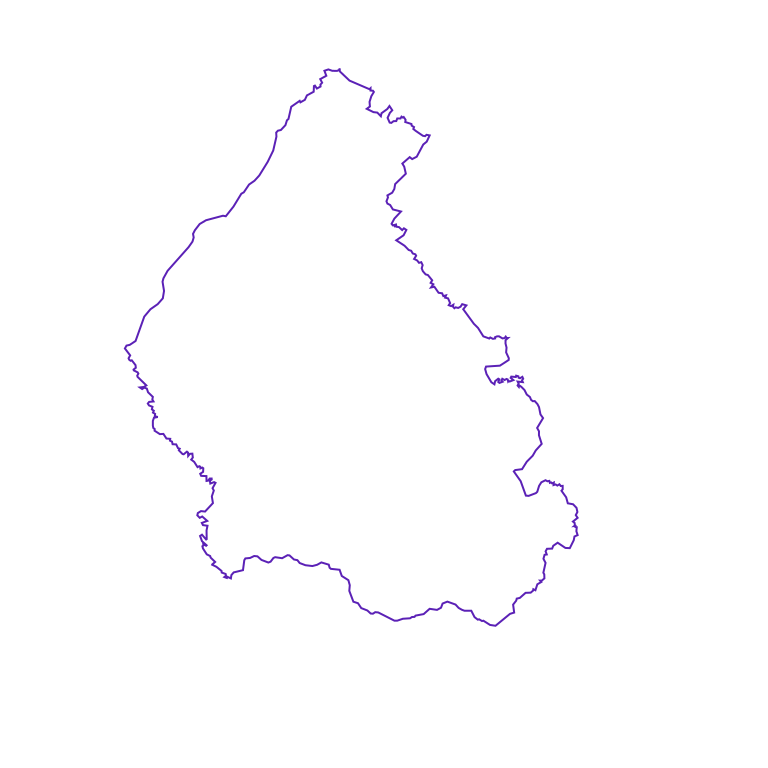 the district of Kuningan, Jawa Barat, Indonesia, rotated 31°
{"feature_id": "22746128B44289127403365", "entity_name": "Kuningan", "entity_type": "district", "adm_level": 2, "iso_a3": "IDN", "parent_name": "Indonesia", "parent_adm1": "Jawa Barat", "projection": "orthographic", "projection_center": [108.582, -6.988], "detail": "fine", "context": "isolated", "style": "outline", "palette": "violet", "viewbox_px": 768, "rotation_deg": 31, "n_neighbors": 0, "source": "geoboundaries", "source_scale": "gbopen_adm2", "svg_char_len": 6153}
<svg xmlns="http://www.w3.org/2000/svg" viewBox="0 0 768 768"><g transform="rotate(31 384 384)"><path d="M589.6,379.3L588.0,380.4L586.0,379.6L584.9,381.8L582.8,381.7L581.4,383.3L580.3,381.0L579.3,382.6L577.9,382.3L577.1,383.3L575.6,381.9L574.2,383.2L572.0,383.3L569.5,387.2L569.4,391.4L570.9,397.5L570.4,399.3L565.6,405.4L563.1,406.6L551.2,396.9L540.3,392.1L540.8,390.2L546.2,385.9L546.4,377.1L548.4,368.9L548.3,362.8L550.0,354.1L543.2,348.1L541.2,344.7L537.9,342.8L537.9,331.3L533.8,329.5L528.8,324.0L525.9,322.2L522.0,321.0L520.4,322.1L518.2,321.8L515.8,320.0L511.8,319.5L507.5,316.8L503.2,315.7L500.6,315.5L501.1,317.1L499.3,316.5L499.2,314.3L497.3,313.1L502.0,310.9L500.4,309.8L500.6,307.8L498.9,306.6L497.6,309.0L496.2,309.3L495.2,308.2L493.0,308.8L493.4,310.1L489.3,312.1L489.4,313.5L492.9,314.0L490.5,317.1L489.4,317.1L489.2,318.0L487.7,316.4L486.4,316.6L485.3,318.5L482.7,318.6L482.9,320.6L484.5,321.0L482.4,323.6L480.9,323.4L480.5,320.6L479.2,320.6L477.8,324.3L478.8,327.4L475.1,327.2L466.8,322.7L463.0,319.1L462.5,316.5L473.9,308.6L478.5,299.2L477.7,297.6L472.4,294.0L470.3,289.7L467.3,286.7L465.6,283.8L466.6,280.7L465.5,281.4L463.9,280.7L463.7,282.5L462.1,283.9L458.0,283.9L456.3,285.0L455.1,286.7L455.8,287.7L454.1,289.2L451.1,289.4L450.8,290.8L444.6,292.0L435.7,287.5L430.0,286.1L413.4,279.1L414.1,274.2L409.9,275.3L409.8,278.3L408.4,280.6L405.9,281.4L405.3,282.8L403.3,282.2L402.6,280.4L401.4,282.7L398.9,283.1L399.0,280.6L394.8,277.6L391.9,278.5L391.5,276.1L389.6,278.1L387.1,276.3L383.8,277.7L377.1,274.7L374.6,277.0L374.9,273.1L371.9,273.3L371.9,270.3L365.5,268.0L363.2,268.6L359.2,267.3L356.7,265.4L355.9,262.2L353.2,260.4L351.6,262.1L348.7,261.0L345.4,261.3L345.5,257.5L344.1,256.7L341.4,257.3L338.7,255.8L336.1,256.4L330.4,254.9L320.5,254.5L324.2,246.4L323.8,240.4L320.9,240.3L320.3,242.7L316.0,241.8L313.7,242.8L312.1,241.1L311.5,241.9L312.7,243.7L310.6,242.6L309.8,243.5L308.0,242.8L307.7,236.9L309.7,227.4L301.7,229.8L297.1,227.4L294.0,227.6L292.0,226.1L291.3,222.0L289.8,220.6L292.5,215.8L292.4,211.5L290.6,206.9L294.4,192.5L289.4,187.3L286.2,185.6L289.2,176.3L292.3,176.7L295.0,172.3L294.3,158.5L295.8,154.3L295.1,147.4L292.1,148.5L291.6,150.4L289.5,151.2L280.8,150.7L277.8,150.3L277.4,148.3L274.7,148.3L273.6,147.0L267.3,148.5L266.4,146.4L263.4,145.0L263.0,145.9L261.3,145.8L261.4,147.9L258.6,149.6L259.1,152.3L256.8,153.8L255.8,156.4L254.2,157.0L250.0,154.0L249.4,148.6L250.1,145.1L245.5,142.9L245.2,146.6L242.4,153.2L243.4,156.1L238.5,154.8L234.9,156.4L227.5,157.0L229.0,153.4L226.3,149.6L224.9,143.8L224.9,138.9L223.5,138.3L221.3,139.4L220.1,137.4L219.7,138.8L198.2,141.7L185.1,138.8L183.5,136.3L183.8,137.8L182.5,139.8L178.3,142.2L174.3,143.0L171.6,146.2L175.8,149.5L172.3,155.5L175.8,157.6L175.3,160.1L176.4,161.7L174.3,165.3L171.1,163.8L170.5,164.7L173.2,169.7L169.3,176.3L169.8,181.2L167.3,185.6L165.9,184.7L161.7,194.1L165.6,206.0L165.0,208.0L166.2,212.9L164.8,219.4L162.6,221.5L162.1,224.0L164.4,227.4L168.8,240.9L169.9,253.5L169.7,269.5L168.3,276.5L165.6,282.5L165.1,291.9L163.7,294.4L163.6,309.5L162.0,321.7L159.3,322.7L147.1,335.3L143.6,341.8L142.7,349.6L143.0,353.7L145.4,356.4L146.5,360.6L146.0,367.4L140.2,398.4L140.5,407.0L141.5,410.4L147.5,417.5L150.3,424.5L148.9,432.1L145.3,440.2L143.8,449.7L148.9,475.1L145.9,481.4L143.5,483.7L143.6,487.0L151.7,490.2L151.8,493.5L153.0,494.4L154.8,494.6L155.6,493.6L161.3,495.8L162.9,497.9L161.9,500.6L162.5,501.2L166.8,500.9L168.1,501.6L168.2,504.0L169.1,504.8L181.0,507.6L179.7,510.2L176.5,512.7L179.3,512.9L180.4,510.5L183.1,510.1L186.0,512.6L192.5,514.1L193.4,516.6L195.4,517.7L191.9,520.3L191.6,522.4L193.6,523.4L197.3,522.8L198.1,525.3L200.5,525.5L200.7,527.5L203.2,527.5L204.1,529.6L207.1,528.8L204.2,531.4L204.9,534.7L207.3,538.7L208.9,540.5L210.6,540.7L211.4,542.2L217.7,542.4L220.6,540.4L225.6,542.8L229.0,541.1L229.7,542.8L232.0,542.6L233.8,544.5L237.0,542.8L240.5,545.1L242.2,544.7L242.3,546.5L247.4,547.8L248.5,547.4L249.9,543.5L251.3,543.7L253.2,546.5L253.6,543.8L255.6,542.4L258.0,545.5L257.7,548.1L261.4,548.5L267.0,551.3L268.0,549.6L269.0,549.5L270.1,550.9L271.3,549.2L272.5,549.3L274.2,552.5L272.7,555.6L274.6,556.9L279.2,554.4L281.8,558.5L283.0,557.5L283.3,554.8L284.9,553.8L285.5,554.6L284.6,556.7L286.4,558.8L288.9,555.6L290.5,555.5L290.7,561.6L293.0,563.0L294.3,569.0L298.7,574.2L296.3,585.5L292.6,587.2L290.9,590.5L291.6,592.7L295.0,593.6L296.4,591.2L303.0,592.4L299.4,596.9L301.5,598.2L305.7,596.4L307.3,600.9L311.9,608.3L311.6,608.9L305.6,606.9L304.6,609.0L309.0,612.5L315.0,613.6L314.8,614.3L311.3,614.0L312.4,615.4L311.9,616.6L313.5,618.2L319.8,621.3L323.6,621.0L324.8,622.1L330.9,623.5L329.6,627.4L328.8,627.5L334.5,627.0L341.0,627.9L342.0,629.2L346.1,628.4L347.3,629.7L346.6,631.7L349.3,631.2L349.2,629.9L352.9,629.5L351.6,626.4L352.2,622.9L359.0,616.2L355.0,607.0L355.0,604.9L358.8,602.1L361.3,598.3L364.3,596.9L369.6,597.9L376.8,596.6L378.3,594.7L378.8,590.1L379.9,588.5L386.4,585.8L389.5,580.4L391.3,579.6L397.2,580.8L400.5,579.6L403.9,580.9L410.0,579.8L416.4,576.9L419.8,573.4L422.2,569.2L429.7,567.3L432.0,569.5L433.7,569.8L441.6,566.1L446.7,570.3L454.5,570.5L458.3,574.1L460.8,579.2L469.9,586.4L474.6,585.3L479.9,587.8L486.4,586.7L490.8,587.6L492.8,586.6L494.0,584.1L496.7,582.8L514.8,581.5L517.2,580.1L521.1,575.5L527.0,571.4L528.0,569.3L530.1,567.9L530.3,566.3L536.5,560.8L538.9,553.2L545.8,550.3L548.1,546.4L547.3,542.0L550.4,537.9L558.9,536.2L563.3,537.5L567.1,537.4L569.7,536.9L575.6,533.4L581.7,537.2L585.8,537.7L586.7,536.7L590.1,536.7L591.1,535.7L599.0,535.9L604.1,533.8L610.4,516.1L613.3,512.9L608.3,506.6L608.9,501.6L608.3,499.6L610.6,497.4L612.9,490.1L617.2,487.3L618.2,484.3L617.7,483.0L620.0,482.8L618.6,476.7L620.8,472.7L619.1,472.1L620.5,471.3L621.6,468.0L619.4,464.6L617.8,463.7L614.6,454.1L610.7,451.7L609.6,447.7L611.3,446.3L608.7,444.2L608.6,441.3L612.9,438.5L612.4,435.5L614.6,430.6L623.9,431.1L627.8,429.0L627.1,420.2L625.8,416.6L627.8,413.8L624.7,411.1L623.0,407.5L621.8,408.0L621.3,407.0L620.2,407.8L620.5,406.9L618.9,404.9L616.8,404.6L618.9,399.0L615.9,397.6L615.7,394.1L612.8,391.0L608.0,389.7L603.0,391.6L598.5,387.3L591.1,384.1L591.4,382.2L589.6,379.3Z" fill="none" stroke="#5b21b6" stroke-width="2"/></g></svg>